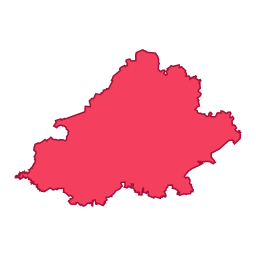 Lorica, Córdoba, Colombia
{"feature_id": "7082276B90578297769705", "entity_name": "Lorica", "entity_type": "district", "adm_level": 2, "iso_a3": "COL", "parent_name": "Colombia", "parent_adm1": "Córdoba", "projection": "albers", "projection_center": [-75.946, 9.184], "detail": "fine", "context": "isolated", "style": "filled", "palette": "rose", "viewbox_px": 256, "rotation_deg": 0, "n_neighbors": 0, "source": "geoboundaries", "source_scale": "gbopen_adm2", "svg_char_len": 5827}
<svg xmlns="http://www.w3.org/2000/svg" viewBox="0 0 256 256"><path d="M240.1,138.5L240.4,134.5L239.6,133.6L240.6,132.5L239.0,132.1L239.8,131.0L239.7,130.6L238.9,130.7L237.1,131.8L236.7,131.6L234.9,129.6L236.4,128.0L235.2,125.7L234.6,125.1L232.3,124.8L232.0,120.6L233.6,119.2L233.7,118.2L232.5,116.5L231.2,117.6L229.9,117.4L229.9,115.8L230.9,113.4L230.3,112.2L228.5,112.1L226.2,113.4L222.9,111.2L221.0,111.0L220.9,113.1L218.3,112.8L217.1,113.1L215.8,116.2L214.4,117.0L210.5,116.5L210.4,115.7L211.6,114.6L211.9,113.7L211.0,112.6L210.2,112.3L209.0,113.5L208.5,116.0L207.3,116.5L206.6,116.4L205.1,115.0L204.6,113.8L202.9,114.3L200.7,113.3L198.4,113.2L197.6,112.7L197.2,110.7L195.1,109.5L197.2,107.0L199.4,105.9L198.3,101.4L198.2,100.4L198.7,100.3L197.4,98.1L200.3,95.8L201.1,94.0L200.5,93.0L198.3,91.5L198.9,89.5L200.4,88.1L199.9,86.4L200.0,84.7L199.3,84.0L200.0,83.0L199.1,82.4L200.5,81.0L200.1,80.6L200.7,80.3L200.3,79.6L198.2,80.2L197.1,79.1L195.4,78.5L196.4,76.4L195.5,76.0L195.3,76.8L193.8,76.5L193.5,77.1L192.4,77.3L192.7,77.8L191.6,78.0L189.9,79.2L190.0,77.4L188.8,76.0L185.8,76.2L186.5,74.5L186.1,73.0L185.1,72.2L185.7,70.8L181.6,66.8L179.4,67.6L179.5,66.5L179.1,64.9L172.8,66.4L171.0,65.7L170.2,66.9L167.2,68.8L168.1,69.8L166.2,71.4L167.4,74.1L165.8,75.3L163.8,73.2L164.9,71.2L164.6,70.2L162.6,70.3L160.4,71.7L158.3,69.2L158.6,64.9L159.3,63.5L158.5,62.4L158.6,59.6L157.8,56.6L155.3,53.1L148.1,52.4L147.1,52.2L145.4,50.9L143.9,50.8L143.4,50.1L142.4,49.9L136.4,52.6L135.8,54.4L135.8,60.7L131.0,61.0L130.6,59.8L130.0,59.2L128.1,59.3L126.4,60.1L125.9,61.2L127.2,63.4L127.5,64.3L127.1,65.6L126.6,65.3L125.1,66.7L124.5,65.6L121.2,67.2L119.6,68.8L119.6,69.3L120.5,70.3L113.2,76.3L112.4,78.9L111.5,80.3L112.6,80.9L108.5,88.9L106.7,88.7L106.8,89.4L103.3,90.3L103.6,91.2L102.3,92.9L101.3,92.8L100.7,94.5L95.8,93.9L93.6,98.5L91.6,98.5L91.0,99.7L90.1,100.0L89.3,100.9L90.4,105.2L90.4,106.7L85.3,106.3L84.9,111.8L64.7,119.1L64.4,118.5L61.3,120.1L60.9,118.9L55.5,120.6L56.1,122.5L53.7,126.0L56.7,127.7L58.3,125.8L58.9,125.9L60.3,125.2L61.7,125.2L62.6,126.0L63.9,125.8L65.3,126.7L66.5,128.5L66.4,129.3L67.5,129.8L68.6,131.6L68.1,132.3L68.2,134.5L66.6,136.6L66.6,138.9L66.2,140.0L65.4,140.8L62.5,139.7L60.9,139.9L59.9,139.6L58.4,140.4L55.5,139.4L54.0,139.7L52.1,138.7L51.8,137.8L50.8,137.2L49.5,138.7L47.6,139.8L47.0,140.9L45.1,139.5L42.6,141.5L39.4,143.4L38.4,142.9L35.0,144.4L34.7,146.6L34.1,147.1L34.1,149.5L33.8,149.7L34.2,150.7L35.7,151.5L36.2,153.3L35.5,154.0L35.1,155.7L34.2,156.3L34.5,157.7L35.3,158.9L34.7,159.5L35.4,160.9L34.9,162.6L34.0,163.6L34.2,163.8L33.1,165.1L33.4,165.3L32.9,166.2L31.6,167.6L31.9,168.1L30.7,168.3L30.3,169.4L28.8,170.0L29.4,170.4L29.3,172.3L27.4,173.7L26.8,172.2L25.5,173.2L24.9,172.9L24.6,171.7L24.1,172.6L23.8,171.9L22.7,172.3L22.2,173.5L22.1,172.5L21.6,173.0L20.5,172.8L20.7,173.3L20.2,173.7L19.8,172.9L19.6,173.9L19.1,173.7L18.8,174.1L19.2,174.3L19.2,175.1L19.8,175.2L19.7,175.8L18.5,175.8L17.9,176.4L17.4,175.8L16.9,176.5L16.6,175.6L15.5,176.2L15.4,177.7L17.6,177.5L18.8,178.0L19.7,177.7L19.9,179.1L20.3,179.2L22.9,177.4L23.2,175.9L24.4,177.4L25.0,177.4L25.0,177.9L25.8,178.3L27.6,177.1L28.3,177.8L28.8,179.3L29.6,178.9L30.2,179.3L30.3,179.9L30.7,179.4L31.0,179.6L31.0,180.5L31.4,180.6L31.5,181.3L31.7,181.1L32.0,181.3L31.3,181.6L31.0,182.7L31.6,183.2L31.6,183.7L33.4,182.4L33.2,183.3L33.6,184.0L34.0,183.6L35.2,184.6L36.3,184.7L37.1,185.4L37.4,184.9L37.7,185.7L36.4,186.2L36.5,187.0L37.4,186.9L37.9,188.9L38.6,188.8L38.7,189.3L39.5,189.1L39.8,190.7L40.9,190.4L41.4,191.2L42.5,191.0L43.2,191.5L44.5,191.0L44.6,191.4L50.3,187.9L53.2,190.0L55.9,188.8L56.9,189.7L57.8,189.1L57.7,188.5L63.7,188.4L63.5,192.2L64.2,192.2L66.6,193.7L68.9,196.1L70.8,195.3L73.0,197.3L72.1,198.5L70.4,198.8L70.6,199.3L69.0,200.6L69.3,201.0L68.6,201.3L70.4,203.6L71.0,204.1L75.8,204.2L76.4,203.1L76.2,202.6L77.8,202.7L80.2,205.1L80.4,204.7L82.0,204.7L82.1,205.4L83.3,206.1L85.3,205.4L87.7,203.2L90.0,203.5L90.0,202.8L91.0,202.5L92.1,203.9L91.8,205.3L92.3,206.0L92.7,205.9L92.7,201.9L93.2,201.7L92.7,200.5L95.0,199.8L95.9,204.2L96.7,204.2L96.6,203.2L100.2,204.2L103.0,205.6L103.6,204.3L103.9,204.3L103.7,204.0L104.1,203.0L104.5,203.2L104.5,202.5L105.3,202.6L104.8,201.5L107.0,199.9L106.4,198.7L106.4,197.2L109.1,197.1L110.3,196.3L111.8,196.5L111.7,195.3L113.8,193.6L115.9,190.8L120.0,188.7L121.2,186.8L122.2,186.2L120.6,182.8L121.0,182.4L125.0,182.1L125.0,185.8L124.3,187.1L126.9,187.9L127.6,187.5L128.2,186.1L131.1,187.9L131.7,184.6L131.3,184.0L133.4,184.2L132.7,187.9L134.4,189.4L134.4,190.4L135.3,190.7L134.9,191.9L138.3,192.8L138.4,192.1L139.4,192.7L138.7,194.7L141.8,195.0L142.9,188.1L143.5,188.2L143.1,192.4L144.7,192.4L146.3,193.4L147.2,191.5L148.1,191.5L148.1,194.1L148.7,195.3L148.4,195.7L153.8,198.0L154.8,196.6L160.3,198.3L160.8,197.1L162.4,197.1L162.6,195.8L165.3,195.8L164.6,196.7L165.2,197.0L165.9,196.1L165.8,195.1L165.3,193.6L164.1,191.8L165.9,190.4L166.0,188.8L167.7,186.9L168.0,185.4L170.3,185.3L171.5,184.6L172.2,185.2L171.8,185.4L172.8,187.2L172.3,188.2L174.2,188.8L175.1,188.4L176.5,189.9L177.9,190.4L177.9,192.2L179.4,192.3L178.8,192.8L178.9,193.2L177.3,193.2L177.2,194.2L179.2,194.7L179.5,195.3L184.0,193.9L186.6,194.3L186.9,193.9L190.3,193.7L190.9,192.8L191.1,191.3L192.9,191.7L193.2,189.8L192.1,188.2L192.0,187.0L191.1,185.9L191.4,184.6L189.6,183.7L190.0,179.9L189.0,179.0L189.2,178.4L188.2,177.3L186.8,177.2L185.6,178.1L184.3,176.1L188.1,171.5L191.7,168.7L198.9,165.4L203.4,163.0L200.1,164.6L200.5,163.7L199.9,163.8L199.7,163.1L200.7,162.4L200.0,161.8L199.4,162.2L198.7,161.6L198.3,162.0L198.1,161.4L200.6,161.4L201.8,162.2L203.2,161.5L204.5,161.9L205.3,161.4L209.9,161.6L212.4,163.4L213.6,163.7L214.5,162.5L215.3,162.4L213.1,159.2L211.2,157.2L211.2,153.3L219.5,148.8L228.8,140.5L232.4,140.1L233.9,141.2L233.1,142.0L234.5,143.9L240.1,138.5Z" fill="#f43f5e" stroke="#9f1239" stroke-width="1.5"/></svg>